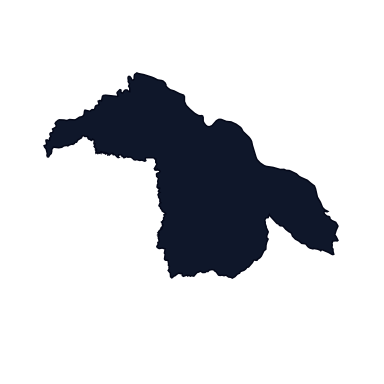 outline of Honda, Tolima, Colombia, rotated 307°
{"feature_id": "7082276B8188549982747", "entity_name": "Honda", "entity_type": "district", "adm_level": 2, "iso_a3": "COL", "parent_name": "Colombia", "parent_adm1": "Tolima", "projection": "robinson", "projection_center": [-74.812, 5.18], "detail": "fine", "context": "isolated", "style": "filled", "palette": "ink", "viewbox_px": 384, "rotation_deg": 307, "n_neighbors": 0, "source": "geoboundaries", "source_scale": "gbopen_adm2", "svg_char_len": 6018}
<svg xmlns="http://www.w3.org/2000/svg" viewBox="0 0 384 384"><g transform="rotate(307 192 192)"><path d="M202.2,63.3L199.8,64.3L199.0,64.2L198.2,63.6L197.7,62.6L195.0,61.8L193.0,57.3L192.0,57.4L188.9,59.2L186.8,59.2L185.8,58.7L184.0,57.1L179.8,55.6L178.8,54.7L176.2,50.6L174.2,49.4L173.4,48.5L172.5,46.5L169.8,42.6L168.8,42.0L166.0,41.3L164.4,41.4L163.5,43.5L162.1,44.2L161.6,44.2L158.4,42.7L158.0,43.1L157.4,44.5L155.4,44.8L154.1,43.5L153.3,43.4L152.4,44.0L151.4,45.9L149.1,45.9L147.7,47.0L146.8,46.8L146.5,45.1L145.7,44.2L145.0,44.5L143.5,46.4L142.4,47.2L141.6,47.1L140.0,46.0L139.2,47.2L138.5,49.8L135.6,53.3L134.1,54.0L133.5,54.7L133.1,55.4L133.7,56.3L136.0,56.0L138.0,56.4L139.9,55.6L141.5,54.4L144.4,54.3L147.1,58.9L149.4,61.1L151.6,61.8L153.7,63.8L154.1,65.1L156.0,65.8L157.9,67.2L158.4,68.3L159.1,68.2L159.9,68.9L161.3,68.6L162.3,69.8L164.8,69.5L168.7,71.1L170.8,70.6L171.8,71.5L171.8,72.9L173.5,75.2L172.2,76.9L172.1,78.1L172.8,79.2L172.5,80.3L172.8,80.8L174.4,80.8L174.5,82.5L174.1,83.3L171.9,84.3L172.0,85.1L171.6,85.2L172.0,85.7L171.4,86.3L169.5,86.4L168.5,90.0L167.5,89.6L167.2,90.8L165.9,91.2L165.2,92.0L166.4,92.6L166.1,93.7L167.4,93.9L167.4,94.8L168.7,94.9L168.3,95.9L169.5,95.5L169.4,96.6L170.1,96.8L169.9,97.9L170.7,98.0L170.3,98.8L170.4,100.3L170.8,100.3L171.3,99.3L171.7,99.5L171.9,101.8L171.0,102.5L171.8,102.9L171.7,103.6L173.8,104.1L174.3,104.4L174.5,105.2L175.3,105.5L175.2,106.1L174.4,106.6L174.6,107.1L175.2,107.5L175.5,108.4L175.0,110.6L175.0,112.3L175.5,112.7L175.4,111.7L176.8,111.6L177.6,111.0L179.0,113.0L179.1,113.7L178.3,114.8L178.9,115.9L178.4,117.0L179.5,117.8L180.5,117.9L181.2,119.8L183.0,121.9L183.2,123.9L182.9,126.3L183.5,127.5L184.3,128.0L184.9,128.9L185.7,131.2L187.4,132.9L188.0,135.4L188.4,135.9L189.3,136.2L190.3,134.6L191.2,134.4L191.7,134.7L196.1,140.5L196.3,141.2L196.0,142.6L196.4,143.3L193.7,145.4L193.6,146.6L192.9,147.3L188.0,147.9L188.1,148.8L187.5,148.8L187.3,149.3L188.1,150.5L189.4,150.6L188.9,151.5L189.5,152.4L189.5,153.5L189.2,154.1L187.7,154.2L186.2,153.0L185.0,152.8L183.2,154.4L182.9,157.0L180.0,158.1L178.3,159.8L177.0,160.0L174.9,161.1L174.6,162.9L174.8,163.3L175.6,163.0L175.8,163.5L175.6,163.9L174.5,164.1L174.2,164.6L172.4,164.6L172.1,165.6L172.3,166.5L171.7,166.2L169.3,166.5L168.6,167.9L167.9,168.3L166.9,170.8L164.8,172.3L164.6,173.6L163.3,173.3L161.3,173.8L161.0,174.3L161.0,175.8L160.1,176.7L159.7,178.5L158.9,179.7L159.1,183.5L158.7,184.2L156.9,183.3L156.2,184.5L155.2,185.0L154.3,184.8L152.3,186.4L151.6,185.9L150.3,186.4L150.1,185.9L149.6,185.7L149.3,186.9L148.3,187.8L148.2,188.8L147.4,188.7L146.8,189.2L145.2,188.9L145.1,189.8L144.5,190.1L143.7,189.2L143.0,189.7L141.8,189.2L140.5,189.2L140.1,189.8L139.3,189.3L139.2,190.1L138.6,190.0L138.5,190.8L137.1,190.5L137.3,191.7L136.2,191.6L135.9,192.5L134.9,192.8L134.7,193.9L133.8,194.2L133.2,195.4L132.5,195.6L131.2,195.1L129.6,196.6L128.5,196.5L127.2,196.8L126.8,197.7L127.1,199.8L129.3,201.9L130.4,204.9L126.6,206.7L126.1,208.1L122.0,210.3L121.6,210.9L121.6,211.9L122.8,213.6L122.6,214.4L120.4,216.7L119.4,217.1L118.8,218.8L117.7,219.2L116.8,220.1L115.0,220.2L114.2,223.5L111.4,225.9L111.2,227.4L112.0,227.9L114.0,228.0L114.5,228.7L117.9,229.6L119.4,230.4L119.7,231.6L120.9,233.1L119.4,234.6L119.5,235.9L122.5,237.9L122.6,238.3L122.3,239.0L123.8,239.9L123.7,241.3L124.9,242.0L125.9,244.1L130.6,244.4L132.2,245.6L133.4,246.1L133.9,246.6L134.1,249.0L135.6,250.8L137.2,251.3L138.1,252.6L140.0,252.8L142.1,254.6L143.0,256.4L142.6,257.4L142.8,259.4L141.6,263.2L142.3,264.7L143.7,266.0L144.4,267.9L146.1,269.3L146.1,272.3L147.3,274.4L147.5,276.0L150.2,277.2L153.7,277.6L155.8,278.8L157.6,278.5L160.7,280.6L162.7,281.2L165.0,281.2L166.1,282.3L171.9,282.7L174.6,282.3L175.3,282.8L175.9,284.2L176.6,285.0L178.2,285.0L180.5,285.8L182.5,285.9L188.1,284.8L190.7,285.4L194.1,283.1L196.8,281.9L200.2,281.1L200.4,279.4L201.9,278.1L206.0,276.9L208.3,272.6L209.1,272.0L210.7,269.5L211.9,268.7L213.4,266.9L215.8,266.6L217.4,268.2L218.2,267.8L220.5,267.4L220.0,268.3L218.1,278.3L218.1,279.2L218.7,280.4L218.1,281.6L218.1,282.7L219.4,284.7L219.5,285.7L218.7,289.2L218.6,293.3L219.1,295.4L218.4,297.2L217.3,298.7L216.6,302.9L217.2,306.8L217.0,310.5L219.0,314.0L218.1,317.5L218.1,319.4L218.4,320.4L219.4,322.9L220.1,323.0L222.0,326.8L222.7,329.4L222.6,330.2L223.7,330.2L224.3,330.9L226.0,337.7L226.4,341.2L226.8,342.2L227.6,342.7L229.5,340.3L231.2,339.0L232.0,336.8L232.9,336.6L234.2,335.8L235.0,334.6L236.0,334.6L236.8,333.9L237.4,333.9L239.3,335.8L240.4,337.5L241.2,337.7L243.0,334.1L243.7,331.9L244.1,331.6L248.3,330.1L252.4,329.2L252.8,328.8L254.3,325.0L253.3,320.6L253.7,318.1L254.7,317.3L254.9,316.3L253.9,314.1L254.1,311.2L254.8,309.8L256.0,309.4L256.6,309.9L257.6,311.9L258.3,312.2L257.7,308.7L258.2,305.5L261.1,300.7L263.4,295.2L268.9,288.7L270.5,286.1L270.5,281.2L270.8,277.1L269.2,270.2L268.9,268.0L269.3,264.5L268.1,258.4L267.7,256.8L265.9,254.1L265.5,251.9L263.1,248.9L260.4,241.9L257.2,236.0L256.5,233.9L256.2,229.0L257.0,224.4L258.2,222.3L265.6,212.2L268.3,209.1L269.3,207.0L270.0,204.6L271.0,196.3L272.5,193.2L272.8,191.7L272.7,186.5L271.5,181.0L269.0,176.9L267.6,171.8L266.9,170.6L266.0,169.6L263.6,168.6L257.0,168.1L254.6,166.6L253.6,164.9L253.6,162.6L254.5,159.7L255.3,158.3L258.3,156.0L259.1,154.7L258.8,153.7L257.6,152.4L256.9,150.8L256.4,146.8L256.8,140.4L257.6,135.3L259.7,131.5L263.6,128.6L264.3,127.0L263.0,122.8L261.9,116.8L260.5,113.0L260.5,109.8L260.9,107.5L262.0,106.6L262.9,104.9L263.2,102.2L262.7,100.6L260.8,97.0L260.2,93.3L259.5,90.7L256.7,82.8L254.4,78.1L253.9,76.3L251.3,75.5L249.8,76.1L247.3,77.9L245.9,77.6L245.5,77.2L245.5,76.4L246.5,74.3L246.8,72.8L246.4,72.0L245.5,71.8L244.5,72.3L242.8,74.0L241.7,74.7L240.8,77.1L238.4,77.7L237.6,79.7L234.7,81.9L234.2,81.0L234.4,78.9L233.7,77.7L232.5,77.0L229.2,77.1L228.9,75.9L229.5,74.5L230.6,74.0L230.6,73.3L230.3,72.8L226.5,72.3L225.7,72.8L225.4,73.6L224.1,75.1L223.4,74.9L217.3,64.7L215.7,63.1L214.6,62.9L210.4,64.9L209.7,63.4L208.1,62.4L205.9,65.3L203.3,63.4L202.2,63.3Z" fill="#0f172a" stroke="#020617" stroke-width="1.5"/></g></svg>